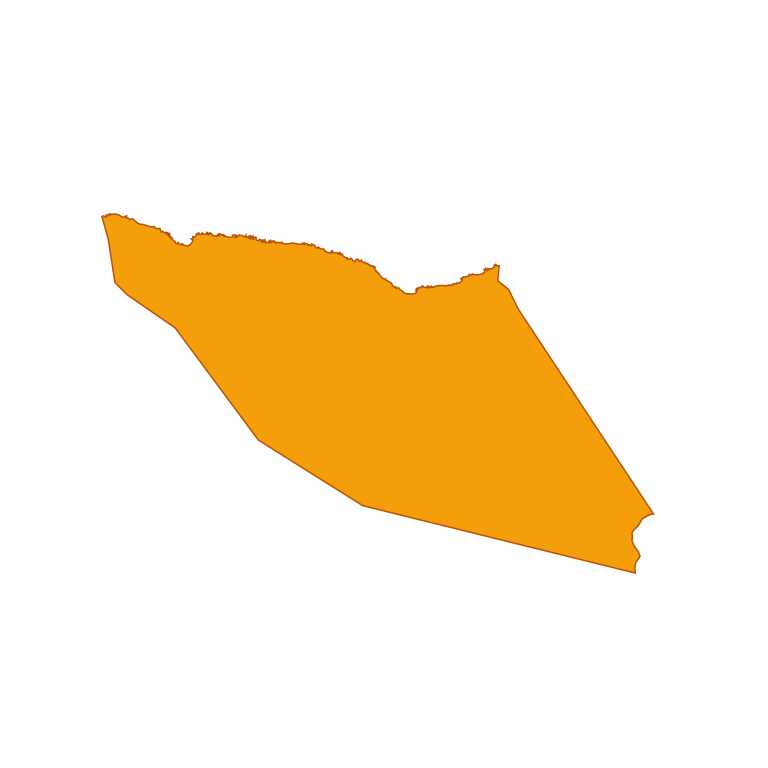 outline of Mbadjini Ouest, Andjazîdja, Comoros, rotated 145°
{"feature_id": "10938185B5285365051467", "entity_name": "Mbadjini Ouest", "entity_type": "district", "adm_level": 2, "iso_a3": "COM", "parent_name": "Comoros", "parent_adm1": "Andjazîdja", "projection": "mercator", "projection_center": [43.399, -11.847], "detail": "fine", "context": "isolated", "style": "filled", "palette": "amber", "viewbox_px": 768, "rotation_deg": 145, "n_neighbors": 0, "source": "geoboundaries", "source_scale": "gbopen_adm2", "svg_char_len": 6160}
<svg xmlns="http://www.w3.org/2000/svg" viewBox="0 0 768 768"><g transform="rotate(145 384 384)"><path d="M221.8,414.8L224.2,416.4L223.6,417.5L223.9,418.0L225.0,417.5L225.8,418.1L226.3,416.7L229.8,416.6L231.6,417.9L232.7,419.0L233.5,417.3L234.1,417.3L234.8,417.9L234.2,420.4L235.6,420.2L236.5,420.4L236.9,418.4L237.3,417.9L240.5,417.9L242.4,418.5L247.5,421.8L248.4,423.5L249.4,423.0L250.2,423.4L250.9,423.7L251.0,424.8L251.7,424.9L252.6,423.9L253.9,424.1L254.4,424.8L255.7,424.9L256.6,425.4L257.3,426.2L258.6,426.3L259.3,425.7L259.9,425.9L260.4,426.4L260.8,425.9L260.3,425.2L260.3,424.4L260.6,423.8L261.4,423.7L264.8,423.7L266.3,425.0L267.2,424.4L268.1,425.7L269.9,425.7L270.5,426.5L270.9,425.8L272.1,425.9L272.9,427.0L274.1,427.5L274.6,428.2L277.7,429.0L277.8,429.8L282.0,433.0L283.4,433.1L284.2,434.0L285.7,434.4L286.7,434.9L287.6,434.4L288.1,434.6L288.3,435.7L290.2,436.1L290.2,436.5L289.5,437.1L290.7,437.5L291.4,438.2L292.1,437.1L292.8,437.6L292.0,439.2L293.4,439.2L294.2,438.7L295.9,440.5L295.9,441.9L296.7,442.5L297.0,442.0L297.8,442.1L298.5,441.6L299.8,442.9L301.5,442.7L301.8,443.5L302.9,443.5L302.7,441.7L304.3,442.4L304.5,442.0L304.4,441.0L305.0,440.4L307.3,440.6L309.2,441.3L310.7,442.7L314.3,445.4L315.3,448.0L315.8,449.4L316.0,450.4L316.8,452.2L316.8,454.4L318.4,455.2L319.1,455.2L319.3,455.9L318.7,456.7L319.9,456.9L320.0,457.4L319.7,458.3L320.5,458.7L320.5,459.5L320.6,460.2L320.2,461.0L320.4,461.8L320.1,462.6L321.5,465.6L323.0,468.2L323.0,468.7L322.4,469.3L323.5,469.8L324.7,471.5L324.7,473.5L325.1,475.1L324.9,477.2L324.9,478.1L325.1,478.5L325.7,479.3L325.7,479.9L325.2,480.6L325.3,481.2L326.1,481.4L326.1,481.9L325.5,483.4L324.2,485.0L324.3,485.2L325.5,485.2L325.4,485.9L325.1,486.6L325.2,487.0L326.0,487.4L327.1,487.6L327.1,488.3L326.7,488.7L326.7,488.9L327.7,489.6L328.2,490.4L328.2,492.2L329.8,492.7L329.6,493.8L329.6,494.6L330.1,494.9L330.8,495.1L331.7,496.1L331.8,496.4L331.4,498.4L332.3,498.4L333.2,498.6L334.0,498.6L334.0,499.3L333.6,500.2L333.6,500.8L333.8,501.3L334.4,501.8L335.3,501.8L335.7,502.0L336.1,501.8L337.2,500.8L338.0,501.5L338.8,502.8L339.0,503.6L338.5,504.4L339.2,506.3L340.6,505.8L342.4,507.5L341.7,508.5L343.0,509.5L343.5,510.5L343.7,511.9L344.1,512.5L344.1,514.0L343.5,514.3L343.7,514.5L345.3,514.8L345.3,515.4L344.5,516.3L344.5,516.8L345.1,517.3L345.9,515.8L346.3,515.8L347.1,516.7L346.7,518.1L347.5,518.4L348.3,519.2L349.1,519.6L350.2,520.9L350.0,521.7L349.9,523.1L351.2,523.1L352.5,521.6L352.8,521.9L352.8,522.4L353.7,522.7L354.3,523.9L354.8,524.1L355.4,525.4L355.9,525.6L355.9,525.9L355.6,526.4L356.3,527.1L356.2,527.9L355.9,528.6L356.0,529.3L357.4,530.0L358.2,530.9L358.2,531.4L359.0,532.2L359.0,533.4L359.8,533.9L360.5,533.4L360.6,534.0L361.9,535.2L361.9,535.6L361.2,537.2L362.9,540.1L363.5,539.0L364.2,539.1L365.7,541.2L366.5,541.1L366.5,542.7L368.3,545.0L369.1,544.0L370.4,545.1L369.8,546.0L371.7,546.1L373.5,547.3L374.6,548.5L376.0,549.8L377.0,551.1L377.4,551.5L378.2,552.0L379.3,552.6L382.1,553.8L383.1,554.4L384.9,555.8L386.7,557.4L386.1,558.3L386.2,558.7L387.1,558.9L388.0,559.1L389.5,560.5L390.3,561.5L391.6,561.3L392.1,562.5L391.6,563.4L391.8,564.1L392.5,564.0L393.4,565.2L394.9,564.3L395.1,564.6L394.6,566.8L395.5,566.6L396.1,567.0L396.9,565.5L398.6,567.2L399.3,567.5L399.8,568.0L399.2,569.6L400.3,568.7L400.8,568.9L400.8,570.0L399.6,570.1L399.7,570.8L400.6,570.9L401.0,571.6L401.8,571.6L402.4,570.1L402.7,570.8L402.0,572.2L402.2,572.8L403.1,573.9L404.3,573.0L404.7,573.7L406.1,575.3L404.8,577.2L404.8,577.9L405.8,578.2L406.3,578.8L407.4,577.4L408.0,577.5L408.1,578.5L406.9,580.1L407.2,580.0L409.0,579.0L409.2,579.9L408.0,581.7L408.5,582.3L410.6,580.2L410.9,581.7L410.3,582.7L410.6,582.8L411.6,582.2L412.6,583.7L411.6,585.1L413.5,584.6L415.0,586.4L415.0,586.9L415.7,587.7L416.5,588.0L417.3,588.6L417.1,589.0L418.3,589.0L419.3,589.9L420.9,588.4L421.9,589.6L420.3,591.1L421.8,592.5L422.8,592.6L424.2,591.4L425.7,592.2L427.5,593.9L428.6,595.1L429.3,596.2L429.3,596.7L430.2,596.8L430.2,597.1L429.5,598.3L431.2,599.2L431.9,599.2L431.9,600.8L432.6,601.5L434.0,600.1L434.7,600.6L433.9,601.4L434.4,601.9L435.9,600.9L436.6,600.9L436.7,601.6L437.8,602.5L439.3,604.6L439.2,606.4L439.6,606.7L440.5,606.3L440.7,606.8L440.0,607.7L440.3,608.1L442.1,607.0L442.4,607.7L441.8,609.5L442.3,609.8L443.1,608.1L446.5,611.0L446.2,612.0L446.5,612.1L447.5,611.3L449.6,612.5L449.0,614.2L449.9,614.2L450.5,613.9L451.6,614.6L452.2,613.5L455.4,612.9L455.7,613.2L455.9,614.3L456.3,614.2L457.5,612.6L458.7,613.4L458.3,611.0L459.9,610.2L461.8,609.6L463.6,609.3L465.7,609.5L467.4,611.6L469.0,613.4L468.5,614.4L468.9,614.7L469.6,614.1L472.1,616.5L471.2,617.6L471.7,618.1L472.7,617.5L473.6,618.1L473.8,619.7L473.4,620.4L474.5,623.6L473.7,624.5L473.9,624.7L474.7,624.9L475.2,625.8L474.1,626.5L475.1,627.6L474.0,629.0L475.6,628.9L475.6,629.6L473.5,630.6L474.4,631.4L475.5,630.7L475.9,631.5L474.8,632.5L475.2,633.0L476.2,632.7L476.2,633.7L476.8,633.8L477.6,634.7L477.6,636.2L479.3,636.2L479.3,637.0L478.6,639.1L478.4,640.0L480.0,640.8L481.7,642.6L481.9,643.2L481.9,644.9L482.5,645.2L483.5,645.3L485.0,647.0L485.4,647.2L486.3,647.8L488.7,651.5L489.2,652.1L490.4,653.4L491.1,654.0L492.5,655.1L493.1,656.5L493.6,657.4L494.2,659.5L495.2,663.4L495.5,663.7L496.9,664.5L498.5,664.8L498.4,666.7L498.6,667.0L499.1,667.1L499.6,667.7L499.6,668.2L498.4,669.3L498.7,669.7L501.2,669.6L502.2,670.7L502.9,671.2L504.0,674.3L505.1,675.8L506.8,677.1L507.3,678.3L508.7,678.3L509.6,679.2L510.1,679.0L510.7,679.8L510.9,680.4L511.3,680.8L512.0,680.8L512.6,679.7L513.1,679.8L513.9,681.1L514.2,681.7L514.7,681.9L515.2,680.3L515.9,680.3L516.9,681.1L517.0,682.3L517.4,682.7L519.0,683.0L526.8,660.8L546.2,621.5L543.2,604.4L522.9,549.8L519.1,410.1L471.2,296.5L286.6,85.0L285.2,87.7L283.5,90.0L281.7,92.1L279.3,93.8L274.8,95.2L273.2,95.9L272.9,96.5L272.9,97.6L272.5,98.6L272.2,99.3L272.0,100.2L272.0,106.9L271.8,108.9L270.9,112.9L270.4,114.0L269.5,114.9L268.3,116.4L266.9,118.6L266.3,119.8L266.0,120.1L262.4,121.2L259.5,121.7L257.6,122.0L255.9,122.8L253.0,123.8L251.4,124.8L249.8,125.3L248.5,125.3L245.9,125.0L242.7,124.8L239.7,124.1L237.8,122.9L231.2,365.2L230.6,371.6L227.7,390.1L231.6,403.4L221.8,414.8Z" fill="#f59e0b" stroke="#b45309" stroke-width="1.5"/></g></svg>